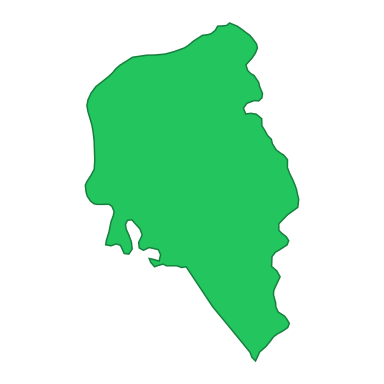 Magalhães Barata, Pará, Brazil (Robinson projection)
{"feature_id": "56859067B4856082037025", "entity_name": "Magalhães Barata", "entity_type": "district", "adm_level": 2, "iso_a3": "BRA", "parent_name": "Brazil", "parent_adm1": "Pará", "projection": "robinson", "projection_center": [-47.632, -0.823], "detail": "fine", "context": "isolated", "style": "filled", "palette": "green", "viewbox_px": 384, "rotation_deg": 0, "n_neighbors": 0, "source": "geoboundaries", "source_scale": "gbopen_adm2", "svg_char_len": 1994}
<svg xmlns="http://www.w3.org/2000/svg" viewBox="0 0 384 384"><path d="M255.5,361.0L259.7,351.9L265.8,346.6L270.2,341.3L273.7,336.6L278.0,333.5L281.5,331.8L287.7,327.6L289.3,323.4L286.8,319.1L284.5,316.1L278.3,312.1L275.8,306.9L275.6,302.7L273.5,295.0L273.7,290.7L275.6,286.3L280.1,276.8L276.7,270.8L271.6,266.4L272.0,256.6L275.4,252.2L279.9,249.6L287.1,244.9L288.7,240.7L286.3,236.8L281.5,233.0L278.9,230.4L278.8,223.8L287.4,214.9L297.8,207.3L298.7,199.3L297.3,193.6L296.5,189.5L294.8,184.7L292.8,179.9L289.6,173.4L287.4,167.6L287.5,159.7L283.7,155.1L280.3,153.0L276.1,149.8L272.4,143.8L271.3,139.2L267.6,135.6L264.6,130.1L261.9,125.9L261.7,118.7L256.3,114.2L250.9,113.3L245.7,114.0L243.4,108.1L246.9,103.3L254.3,100.6L258.7,100.9L261.9,97.9L262.5,93.5L259.7,86.7L258.6,82.3L254.1,75.5L250.7,73.6L247.7,70.5L245.9,64.9L252.2,57.9L255.5,52.9L257.4,48.0L256.5,44.0L252.6,38.6L249.6,35.1L245.7,32.4L242.7,30.0L237.3,26.2L229.6,23.0L226.6,25.5L222.3,25.9L217.6,26.2L215.4,30.2L211.3,33.6L207.9,34.7L202.5,35.3L193.6,41.0L188.2,45.5L184.4,47.9L173.5,51.8L164.9,54.1L155.2,55.0L146.6,55.2L132.4,57.3L120.1,65.1L115.9,68.7L112.8,72.6L108.3,76.8L96.0,86.5L91.2,92.9L88.0,99.8L86.9,105.7L88.0,111.7L91.9,125.0L93.1,131.6L94.1,140.5L94.8,160.2L94.2,169.2L91.3,174.8L87.0,181.5L85.3,185.3L86.1,192.2L87.4,196.4L90.6,201.2L93.9,203.7L97.3,204.4L102.5,204.4L108.7,204.2L111.9,206.3L114.1,211.5L113.2,216.0L111.1,221.4L109.0,231.9L106.4,240.3L105.7,244.8L111.1,245.8L116.2,243.9L120.5,245.4L124.2,253.5L128.8,254.1L132.2,249.0L131.4,242.1L128.9,235.1L126.2,229.2L125.5,224.3L127.5,220.3L131.9,219.8L134.9,223.3L139.9,228.8L142.2,235.0L140.3,239.1L138.6,242.5L139.3,248.0L143.5,250.3L149.0,247.6L152.4,248.2L158.4,249.7L160.6,254.8L159.1,261.1L154.3,259.6L149.2,258.5L150.7,262.3L154.6,266.8L158.2,265.4L163.3,264.1L166.4,265.8L170.7,265.8L176.9,265.8L181.6,267.5L186.2,266.8L212.8,306.9L224.0,320.4L235.4,334.3L249.9,352.1L252.0,357.4L255.5,361.0Z" fill="#22c55e" stroke="#15803d" stroke-width="1.5"/></svg>